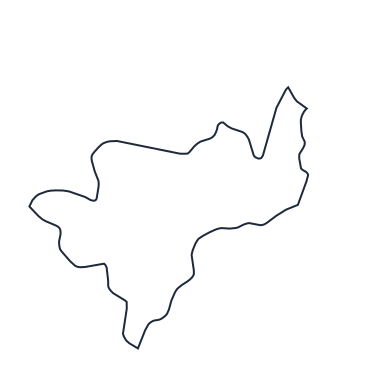 an SVG outline of Siliana, rotated 233°
{"feature_id": "TUN-115", "entity_name": "Siliana", "entity_type": "Governorate", "adm_level": 1, "iso_a3": "TUN", "parent_name": "Tunisia", "parent_adm1": "", "projection": "equal_earth", "projection_center": [9.32, 35.967], "detail": "fine", "context": "isolated", "style": "outline", "palette": "slate", "viewbox_px": 384, "rotation_deg": 233, "n_neighbors": 0, "source": "natural_earth", "source_scale": "10m", "svg_char_len": 2492}
<svg xmlns="http://www.w3.org/2000/svg" viewBox="0 0 384 384"><g transform="rotate(233 192 192)"><path d="M217.7,331.8L205.5,330.2L201.3,330.3L189.6,333.9L189.3,331.9L188.8,329.9L187.3,326.7L186.0,324.6L184.3,322.6L182.5,321.1L174.5,315.8L170.0,313.4L164.4,312.3L163.2,311.5L161.9,310.3L160.3,307.4L157.7,300.7L156.3,299.3L154.2,297.8L145.5,293.4L144.6,293.3L143.6,293.5L142.6,293.8L139.6,295.1L138.6,295.3L137.6,295.4L136.7,295.3L135.7,295.0L131.6,289.8L118.0,268.8L121.0,257.6L121.4,255.5L122.3,244.6L122.3,233.1L122.6,230.6L122.9,229.5L123.2,228.7L123.9,227.3L124.7,226.3L132.5,219.2L133.3,218.1L133.8,216.9L134.7,214.5L135.2,212.0L136.0,207.6L136.8,205.5L140.0,200.2L145.3,194.0L146.5,191.9L147.7,188.6L149.2,182.1L150.4,174.2L150.7,169.1L150.0,166.7L148.8,163.8L145.3,157.9L143.4,155.4L141.8,153.7L128.3,146.3L125.3,144.1L124.4,142.5L123.7,140.5L123.3,136.6L123.3,134.5L123.8,128.4L123.7,124.2L123.5,121.8L122.9,120.0L122.0,117.8L117.7,110.2L112.0,102.8L109.7,98.7L109.3,97.0L109.1,95.0L109.2,91.2L109.7,89.2L110.4,87.5L111.1,86.4L112.2,84.2L112.5,83.1L112.8,80.8L112.7,78.6L112.5,77.4L109.8,71.4L99.6,54.7L108.9,50.9L113.1,50.1L116.8,50.5L120.3,51.5L138.2,69.8L143.6,73.7L145.8,73.2L158.5,68.2L161.7,67.7L164.6,67.7L166.4,68.1L167.8,68.8L171.7,71.7L183.1,78.4L185.9,78.9L187.7,78.6L196.4,61.6L199.0,57.7L199.8,56.8L201.6,55.2L203.6,54.2L210.2,53.0L222.8,52.1L225.5,52.2L227.6,53.0L230.6,54.7L232.5,56.1L237.4,61.6L238.8,62.7L240.7,63.9L242.2,64.3L243.4,64.4L245.2,64.0L247.2,63.1L256.7,57.6L260.2,56.1L265.1,54.9L278.3,53.4L281.5,59.7L282.5,65.2L282.4,67.2L282.2,68.9L279.9,76.4L278.2,79.8L275.2,84.3L270.8,89.9L266.5,94.1L252.1,103.8L246.7,106.1L245.6,106.9L243.9,108.6L243.5,110.0L243.8,111.3L244.6,112.4L252.6,120.7L254.9,122.6L257.2,124.0L267.2,126.8L278.0,131.1L280.1,132.6L281.0,133.4L282.0,135.3L282.8,138.3L284.0,144.6L284.3,147.6L284.4,149.8L283.8,152.3L283.1,154.5L282.0,156.8L277.9,162.8L229.9,205.4L227.0,209.1L225.3,211.7L225.4,213.0L225.4,214.0L227.0,220.9L227.3,223.4L227.4,226.0L227.2,228.3L227.0,229.5L223.8,238.6L223.5,241.0L223.7,243.0L223.9,243.9L224.1,244.8L224.5,245.5L225.8,247.9L227.4,250.2L228.9,251.7L229.6,252.9L230.1,254.4L230.0,257.0L229.2,258.2L228.5,258.8L222.9,260.1L218.8,262.0L209.5,268.4L207.1,269.3L204.8,269.5L202.4,269.4L199.6,269.0L184.3,263.4L182.8,263.3L181.2,263.7L178.8,265.1L177.9,266.3L177.5,267.6L177.8,268.8L178.2,269.9L178.7,270.9L208.4,310.1L217.1,328.3L217.4,329.3L217.7,331.8Z" fill="none" stroke="#1e293b" stroke-width="2"/></g></svg>